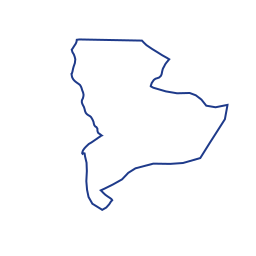 Hill 20/Babonneau, Castries, Saint Lucia (Natural Earth projection), rotated 25°
{"feature_id": "8701671B84261355290509", "entity_name": "Hill 20/Babonneau", "entity_type": "district", "adm_level": 2, "iso_a3": "LCA", "parent_name": "Saint Lucia", "parent_adm1": "Castries", "projection": "natural_earth1", "projection_center": [-60.951, 13.999], "detail": "fine", "context": "isolated", "style": "outline", "palette": "blue", "viewbox_px": 256, "rotation_deg": 25, "n_neighbors": 0, "source": "geoboundaries", "source_scale": "gbopen_adm2", "svg_char_len": 1883}
<svg xmlns="http://www.w3.org/2000/svg" viewBox="0 0 256 256"><g transform="rotate(25 128 128)"><path d="M54.2,103.2L54.9,104.3L56.0,105.7L57.6,106.9L59.0,107.6L60.5,108.1L62.3,108.5L64.6,108.9L66.3,109.3L67.8,110.3L69.0,111.4L70.5,113.1L72.3,114.8L73.7,116.7L74.2,118.2L74.6,120.3L74.5,121.8L74.7,123.0L75.5,124.5L76.8,125.8L79.3,127.7L80.9,129.5L81.8,130.7L83.3,132.1L84.8,132.8L86.2,133.1L87.2,133.2L88.9,133.4L90.0,133.8L91.9,135.1L92.8,135.8L94.2,137.1L95.2,138.5L96.3,139.7L97.6,140.4L98.2,140.5L98.9,140.5L100.5,141.5L101.3,143.1L102.0,144.1L103.2,145.1L104.5,145.3L104.9,145.4L105.6,145.5L106.4,145.7L106.8,145.8L107.3,145.9L107.1,146.1L101.0,156.5L99.2,159.1L98.5,160.9L97.7,163.0L97.1,164.9L96.7,167.2L96.8,168.6L97.1,170.2L97.8,170.6L98.2,169.7L99.4,169.4L101.0,171.8L105.1,177.0L108.9,184.4L112.7,193.8L117.0,201.3L121.4,207.2L127.7,211.7L138.9,213.0L139.2,213.1L141.9,209.3L143.2,205.1L143.6,202.0L144.2,200.1L143.0,199.4L141.0,199.0L138.3,198.6L135.7,198.1L133.2,197.3L130.6,196.3L129.7,196.0L132.1,193.2L138.1,185.7L144.3,177.1L147.2,168.5L151.8,161.4L166.0,149.6L181.4,142.7L192.6,136.5L206.2,124.7L208.5,106.1L209.8,96.5L212.1,79.1L208.5,65.3L208.4,65.0L198.6,72.2L189.5,74.7L182.5,71.2L175.6,69.7L169.1,70.2L157.8,75.8L146.9,78.8L133.9,80.8L131.0,80.6L130.8,80.0L130.5,77.1L130.7,75.9L130.8,75.2L131.1,73.5L132.1,71.7L132.9,71.0L134.7,69.3L134.8,69.2L135.2,68.3L135.8,66.7L135.7,64.9L135.4,63.7L135.1,62.5L134.6,60.0L134.6,58.2L134.7,57.5L134.8,54.5L135.3,52.0L135.5,51.4L136.1,49.0L136.3,48.3L133.7,48.0L128.2,47.6L122.7,46.9L116.6,46.2L109.7,45.1L106.2,43.9L103.7,42.9L46.5,68.3L44.3,69.7L44.9,71.7L45.0,73.6L44.6,76.3L44.5,77.0L44.2,79.4L43.9,80.8L45.3,82.4L45.8,82.9L47.8,84.2L49.6,86.0L51.2,88.0L51.9,90.1L52.4,91.6L52.6,93.4L52.8,95.4L53.2,97.7L53.8,100.2L54.0,101.6L54.1,102.4L53.9,102.9L54.2,103.2Z" fill="none" stroke="#1e3a8a" stroke-width="2"/></g></svg>